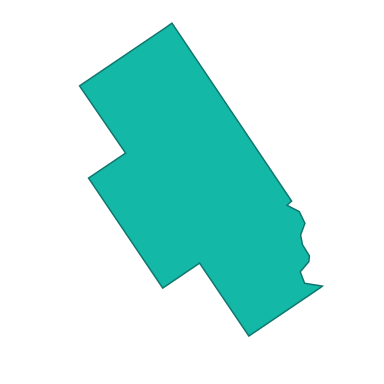 outline of Payne, Oklahoma, United States of America, rotated 236°
{"feature_id": "52423323B99692802996111", "entity_name": "Payne", "entity_type": "district", "adm_level": 2, "iso_a3": "USA", "parent_name": "United States of America", "parent_adm1": "Oklahoma", "projection": "natural_earth1", "projection_center": [-97.08, 36.094], "detail": "fine", "context": "isolated", "style": "filled", "palette": "teal", "viewbox_px": 384, "rotation_deg": 236, "n_neighbors": 0, "source": "geoboundaries", "source_scale": "gbopen_adm2", "svg_char_len": 438}
<svg xmlns="http://www.w3.org/2000/svg" viewBox="0 0 384 384"><g transform="rotate(236 192 192)"><path d="M128.8,269.5L343.2,269.8L343.0,260.7L342.9,158.2L340.8,158.1L261.4,158.7L261.4,114.0L217.7,114.0L128.7,114.0L128.8,158.5L40.8,158.6L40.9,245.3L41.1,247.4L53.4,234.3L65.3,237.1L68.9,249.9L73.3,253.6L86.5,254.1L95.6,258.0L102.9,268.1L115.7,270.0L127.9,263.3L128.8,269.5Z" fill="#14b8a6" stroke="#0f766e" stroke-width="1.5"/></g></svg>